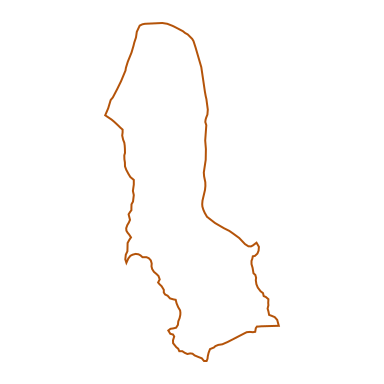 outline of Guaraci, São Paulo, Brazil
{"feature_id": "56859067B7118105904945", "entity_name": "Guaraci", "entity_type": "district", "adm_level": 2, "iso_a3": "BRA", "parent_name": "Brazil", "parent_adm1": "São Paulo", "projection": "natural_earth1", "projection_center": [-49.001, -20.371], "detail": "fine", "context": "isolated", "style": "outline", "palette": "amber", "viewbox_px": 384, "rotation_deg": 0, "n_neighbors": 0, "source": "geoboundaries", "source_scale": "gbopen_adm2", "svg_char_len": 2666}
<svg xmlns="http://www.w3.org/2000/svg" viewBox="0 0 384 384"><path d="M105.2,115.3L111.6,119.6L114.0,121.6L116.6,124.0L118.6,125.9L120.3,127.6L122.6,129.6L122.6,132.5L122.2,135.5L123.1,139.6L124.3,142.7L124.7,145.5L124.9,148.6L125.0,152.9L124.3,155.4L124.4,159.2L124.9,162.4L125.0,166.4L126.3,169.9L128.6,174.2L130.4,177.1L133.8,179.9L133.8,184.6L132.9,190.9L133.8,195.1L133.0,201.6L131.5,204.3L131.4,207.9L131.4,210.2L130.0,212.1L128.6,214.3L130.0,219.9L128.8,222.6L127.3,225.1L126.2,228.2L126.4,230.7L127.6,232.7L129.1,234.5L131.0,237.4L129.4,239.7L127.6,243.0L127.5,247.6L127.4,251.3L125.8,254.7L125.3,259.4L126.4,262.8L128.3,258.5L130.4,255.8L132.6,254.7L135.6,253.9L138.5,254.3L140.5,255.4L142.5,257.2L146.5,257.2L148.8,258.2L150.8,260.4L151.7,263.5L151.5,266.4L152.2,269.1L153.9,271.8L156.6,274.1L158.5,276.0L159.7,279.4L158.1,282.5L159.5,284.2L161.6,286.2L163.8,289.8L163.8,292.5L165.1,294.5L167.6,295.7L170.0,298.4L173.5,299.4L175.7,299.8L176.6,303.4L178.2,307.2L180.1,310.4L180.4,312.7L180.3,314.9L179.6,318.1L178.3,321.3L177.9,324.9L176.1,327.7L173.3,328.4L170.5,328.8L168.3,330.5L170.3,333.8L173.0,334.5L174.2,336.5L173.0,340.3L173.1,343.2L176.3,347.2L178.2,348.7L179.3,351.2L182.3,351.2L184.7,352.8L187.4,354.0L190.2,353.4L192.5,353.7L194.6,355.4L198.4,357.0L201.8,358.3L204.0,361.0L206.6,361.0L207.5,358.8L207.8,356.2L208.6,352.8L210.0,349.1L213.9,347.5L215.4,346.1L218.3,344.9L222.3,344.3L227.6,342.0L244.5,333.3L246.7,332.2L249.9,331.9L252.9,332.2L255.2,331.8L255.8,328.2L257.0,326.5L258.9,326.5L261.3,326.3L278.8,325.8L278.1,323.3L277.2,319.9L274.7,317.1L271.6,315.8L269.1,314.9L268.4,311.3L267.6,308.6L268.4,305.2L268.2,303.0L268.4,299.2L265.7,296.9L263.7,296.1L263.0,293.1L260.6,291.3L257.8,287.6L256.4,284.2L255.8,280.2L256.1,277.8L255.3,274.9L253.5,273.3L252.6,267.9L251.5,264.1L251.5,260.9L252.3,258.8L252.8,256.3L254.9,255.9L257.4,253.6L258.6,250.6L258.9,246.8L256.5,242.7L252.8,245.5L251.0,246.4L248.4,246.3L245.0,244.1L239.2,238.0L232.9,233.4L229.3,230.9L223.9,228.2L215.0,223.0L207.0,216.8L204.7,212.8L203.3,209.6L202.4,206.6L202.2,204.2L202.5,200.6L205.0,189.9L205.4,186.0L205.3,182.2L204.1,176.3L203.8,172.5L205.7,159.9L205.9,149.1L205.2,140.5L206.3,125.2L205.3,122.0L205.6,119.6L206.2,117.6L207.4,114.6L207.8,109.7L206.4,99.1L205.7,96.1L204.9,91.7L204.0,85.5L201.3,67.2L195.6,47.6L193.5,41.1L192.2,38.9L187.7,34.4L185.1,33.0L182.9,31.2L174.1,26.6L172.4,25.8L167.3,23.8L162.3,23.0L144.9,23.8L142.4,24.3L139.7,25.6L136.8,31.8L136.0,37.4L134.3,42.5L133.5,45.8L131.5,52.6L127.8,61.7L125.9,67.9L125.5,70.5L121.1,81.1L117.2,89.1L112.8,97.5L110.7,100.0L109.6,103.6L108.2,108.3L105.2,115.3Z" fill="none" stroke="#b45309" stroke-width="2"/></svg>